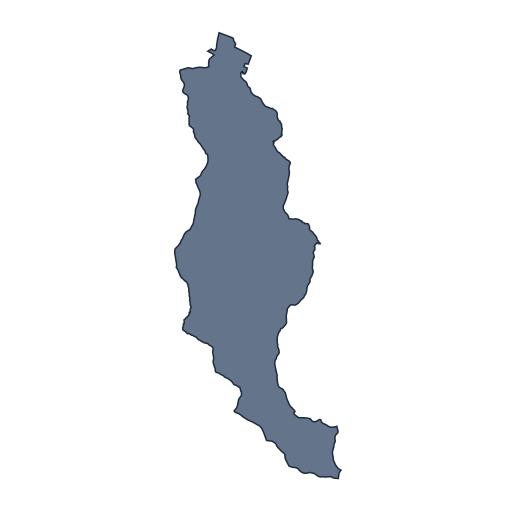 the district of Brancovenesti, Mures, Romania, rotated 89°
{"feature_id": "2599482B13448214050806", "entity_name": "Brancovenesti", "entity_type": "district", "adm_level": 2, "iso_a3": "ROU", "parent_name": "Romania", "parent_adm1": "Mures", "projection": "albers", "projection_center": [24.873, 46.864], "detail": "fine", "context": "isolated", "style": "filled", "palette": "slate", "viewbox_px": 512, "rotation_deg": 89, "n_neighbors": 0, "source": "geoboundaries", "source_scale": "gbopen_adm2", "svg_char_len": 6075}
<svg xmlns="http://www.w3.org/2000/svg" viewBox="0 0 512 512"><g transform="rotate(89 256 256)"><path d="M244.0,333.2L247.4,336.7L249.0,337.1L251.6,337.2L262.7,335.6L264.3,335.5L266.0,335.9L268.5,334.3L274.0,332.3L276.4,331.0L277.6,329.4L279.5,327.7L280.5,326.2L281.7,325.3L283.3,324.8L287.5,323.7L290.4,323.8L292.4,323.3L294.8,323.5L296.7,322.7L298.9,323.2L301.5,322.6L303.5,322.7L304.5,322.2L305.4,322.1L306.2,321.5L307.7,322.6L308.6,322.8L310.6,322.7L311.0,323.5L311.2,323.1L311.6,323.1L312.9,324.0L314.3,324.4L316.8,327.3L317.5,327.6L318.6,329.1L322.3,328.9L322.5,329.1L322.6,329.7L322.8,329.9L324.4,329.7L326.7,330.6L328.2,330.5L329.0,330.0L329.6,328.9L331.0,327.2L332.2,326.3L332.6,325.5L332.2,324.5L334.0,321.9L334.2,321.3L334.3,320.4L335.2,319.3L336.1,317.1L337.7,316.0L338.5,315.1L341.7,309.7L342.3,307.7L342.7,305.6L343.5,305.2L344.1,304.5L345.5,302.1L346.5,301.1L347.5,300.6L348.3,300.5L351.5,301.0L357.5,300.0L359.6,300.6L361.9,300.7L366.6,299.3L367.5,298.8L370.1,298.7L371.3,298.2L371.5,298.0L372.3,295.5L373.0,294.2L373.5,293.8L375.1,290.7L376.5,289.5L378.2,286.0L380.3,283.2L382.4,281.4L384.0,280.5L384.6,279.4L385.0,278.1L385.6,276.9L386.7,275.7L386.8,274.5L390.7,273.6L392.1,272.9L394.9,273.0L395.8,273.4L397.8,275.1L399.2,275.9L405.9,277.3L407.8,278.3L410.1,280.3L410.9,280.5L411.4,280.2L412.3,278.7L413.4,275.9L415.1,273.4L416.0,272.7L419.8,266.9L422.0,262.2L426.2,255.1L428.5,253.3L430.3,252.4L433.4,251.1L440.2,248.9L440.7,248.3L441.4,243.2L443.4,240.2L444.5,239.1L446.1,238.7L447.8,237.5L451.8,233.8L453.8,231.4L454.7,230.7L458.5,230.4L460.3,229.8L466.4,226.8L466.9,226.1L468.0,222.8L468.1,220.8L468.5,219.5L469.2,217.9L470.2,216.9L471.2,216.4L472.8,214.4L474.1,211.6L474.0,208.6L473.5,207.0L473.4,205.9L474.6,201.2L477.1,198.0L477.7,196.8L478.0,195.5L477.9,192.9L478.2,190.2L477.9,185.6L478.2,184.4L479.0,183.1L479.5,181.5L479.9,177.5L478.2,177.5L477.7,177.4L477.5,177.1L474.5,176.8L471.6,174.8L470.6,176.6L469.2,178.1L466.2,180.2L461.4,182.2L458.1,182.4L454.3,183.1L452.8,182.9L447.9,181.5L445.7,181.3L442.6,179.9L440.2,180.3L438.0,180.2L436.1,179.2L434.4,177.5L433.5,177.0L431.6,177.2L429.2,178.0L427.7,178.1L428.3,180.1L428.5,183.7L428.3,185.0L427.5,186.7L426.4,188.1L424.3,192.3L423.3,193.3L420.9,194.1L420.6,194.6L420.7,195.6L422.0,197.8L422.5,198.9L422.7,200.1L422.6,201.6L422.0,202.9L420.0,204.3L419.6,204.9L418.9,207.6L418.6,210.8L418.4,215.6L418.1,216.6L415.5,219.9L413.7,221.0L412.3,219.8L412.0,219.7L409.0,222.1L406.8,224.4L405.2,225.2L399.6,227.6L393.2,229.1L390.5,231.1L390.1,231.1L389.3,232.1L387.8,234.8L387.0,235.6L383.1,236.7L377.3,237.1L375.4,236.9L373.4,237.5L364.3,239.2L360.9,238.8L358.8,237.4L357.1,237.2L353.9,234.9L353.0,234.5L350.0,234.8L346.8,236.0L344.8,235.8L342.7,236.3L337.3,236.1L333.4,234.8L331.2,233.3L329.3,232.6L328.5,230.9L327.5,229.7L325.8,228.3L325.5,227.8L323.2,226.6L316.3,226.8L311.9,225.9L309.3,225.6L306.3,223.2L305.7,222.2L305.4,221.1L305.7,217.6L305.6,217.1L304.0,214.7L303.2,213.8L301.1,212.1L298.3,209.0L296.5,208.2L295.2,207.1L292.0,206.0L287.7,205.4L285.5,204.3L283.5,202.8L281.6,202.3L279.9,202.5L277.0,200.6L273.0,199.1L271.2,199.2L270.3,199.7L269.1,199.9L264.9,199.5L263.2,199.6L260.3,199.0L258.7,198.0L257.7,197.8L253.5,198.7L252.5,198.4L250.7,197.0L248.2,197.0L247.6,197.2L247.2,197.6L244.0,195.0L244.0,194.6L244.9,192.8L244.9,191.6L244.6,191.5L243.6,192.9L242.4,193.1L241.4,194.4L238.8,195.0L237.2,195.8L235.4,197.4L233.2,198.9L230.6,202.0L229.4,201.9L228.7,202.2L228.0,201.9L225.0,203.0L224.6,203.9L224.5,206.6L223.8,207.0L222.9,209.4L221.9,209.5L221.2,211.4L220.5,212.0L219.8,214.1L219.5,216.0L219.9,218.0L219.5,220.5L219.5,222.1L219.0,222.5L217.4,222.8L215.3,223.7L212.8,226.1L210.8,227.2L208.8,227.9L206.7,227.9L198.9,224.6L197.2,224.2L193.1,222.8L189.6,223.5L187.7,223.0L184.8,223.6L176.3,221.6L172.7,221.1L169.0,221.7L166.3,221.1L164.2,220.2L163.2,220.1L162.0,220.8L159.1,225.1L157.8,225.5L157.5,226.8L153.2,230.7L152.6,231.6L152.5,232.2L150.3,233.8L148.9,234.3L145.1,236.7L143.9,236.6L143.2,236.0L142.6,236.2L142.0,237.0L141.3,236.4L141.4,235.2L141.0,235.0L140.8,234.1L140.3,233.7L139.7,232.5L139.2,231.8L138.1,230.9L137.0,228.8L135.6,227.9L135.0,227.9L135.2,228.5L129.3,227.6L127.4,228.1L124.7,228.2L123.8,228.6L123.0,229.5L121.8,229.5L121.2,230.8L118.9,231.9L117.0,232.4L113.8,232.3L112.6,232.7L110.8,234.1L109.6,236.2L108.8,236.8L108.8,238.1L108.4,239.4L107.4,241.4L106.8,243.2L105.8,244.7L102.7,246.8L99.4,248.3L98.5,249.0L96.8,251.7L96.2,253.6L94.5,256.2L92.8,257.4L92.0,258.2L88.7,258.7L87.6,259.4L87.2,260.3L86.6,260.8L84.9,261.8L84.1,261.8L82.2,262.6L81.1,263.6L80.3,264.8L76.7,267.9L73.1,268.0L72.6,267.9L71.8,267.3L71.4,266.5L72.2,266.5L72.1,266.0L72.4,265.5L73.3,265.9L73.5,265.7L73.8,263.9L71.6,262.5L67.9,261.5L66.9,263.9L66.3,264.8L63.3,263.4L64.1,260.5L55.8,257.2L52.7,262.3L46.6,273.8L44.1,272.8L43.0,272.8L42.4,273.6L41.7,273.7L40.6,274.5L38.3,274.8L37.6,275.3L32.1,289.0L38.4,290.6L45.3,291.8L46.5,291.7L49.9,293.0L49.6,295.0L48.8,296.6L48.3,297.1L50.4,300.6L52.9,296.2L54.3,294.4L58.1,298.9L59.1,299.5L61.2,299.9L64.4,300.1L65.8,299.8L66.9,302.9L66.8,305.6L66.4,306.9L66.3,310.1L66.7,312.1L66.9,313.8L67.6,316.0L66.7,319.5L66.7,321.1L68.7,328.2L68.9,328.6L70.5,329.1L74.1,328.2L76.3,328.1L78.5,327.4L81.3,325.3L83.2,324.6L85.2,324.8L89.4,326.5L91.1,326.0L92.2,324.8L94.1,321.7L96.2,320.9L98.1,320.9L100.8,321.8L104.4,321.9L106.1,322.4L110.3,321.4L112.8,321.7L114.4,320.4L115.2,320.2L117.1,320.5L122.7,320.6L124.7,320.3L125.2,319.3L127.7,316.3L131.1,316.3L133.0,315.4L136.4,314.9L138.9,313.0L141.0,311.9L142.8,310.0L147.2,307.2L148.3,306.7L148.9,306.0L150.3,305.1L152.5,304.5L153.6,302.9L155.3,302.4L160.0,302.3L162.4,302.9L165.0,304.1L167.4,305.5L171.1,308.6L174.7,310.1L178.3,315.1L179.8,314.7L181.7,314.8L182.8,314.1L186.4,312.8L189.5,311.3L192.0,310.7L194.2,310.7L198.9,312.3L202.0,312.9L207.4,315.3L209.4,315.8L212.9,316.0L214.6,316.7L215.3,316.6L219.6,317.7L220.5,317.7L222.8,318.4L228.6,321.7L229.5,323.7L231.0,325.8L231.9,326.5L233.2,327.4L237.5,329.3L239.2,330.6L242.3,331.8L242.7,332.5L244.0,333.2Z" fill="#64748b" stroke="#1e293b" stroke-width="1.5"/></g></svg>